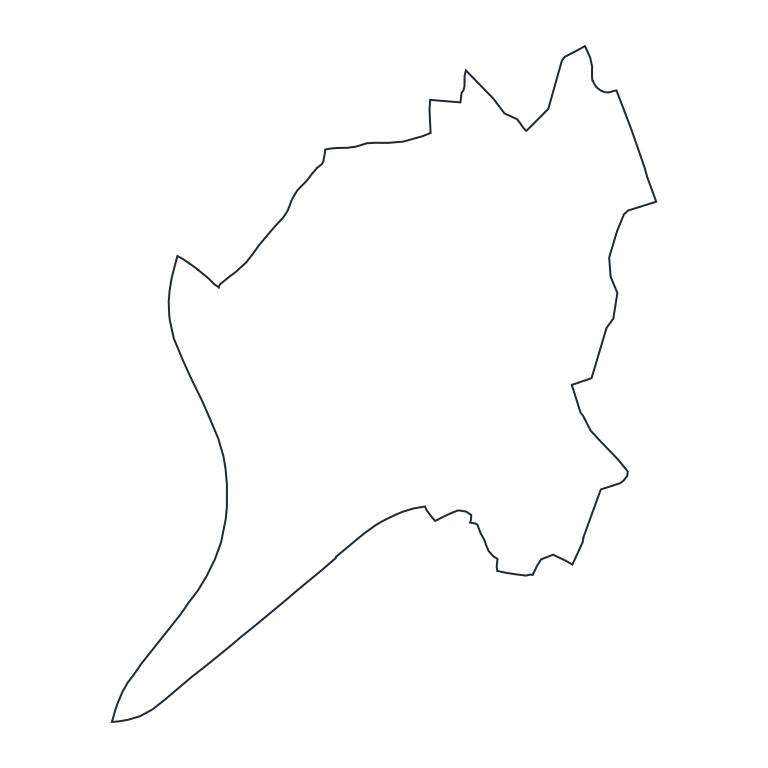 the district of Surulere, Lagos, Nigeria
{"feature_id": "59680162B1513568068009", "entity_name": "Surulere", "entity_type": "district", "adm_level": 2, "iso_a3": "NGA", "parent_name": "Nigeria", "parent_adm1": "Lagos", "projection": "natural_earth1", "projection_center": [3.345, 6.49], "detail": "fine", "context": "isolated", "style": "outline", "palette": "slate", "viewbox_px": 768, "rotation_deg": 0, "n_neighbors": 0, "source": "geoboundaries", "source_scale": "gbopen_adm2", "svg_char_len": 2642}
<svg xmlns="http://www.w3.org/2000/svg" viewBox="0 0 768 768"><path d="M592.8,80.8L592.4,80.6L592.1,77.7L592.0,72.8L592.1,66.4L590.7,60.1L590.3,57.9L587.0,50.5L584.9,46.1L578.5,49.7L564.5,57.0L561.9,60.6L548.3,108.9L527.1,130.2L526.2,130.8L523.4,128.0L519.7,122.5L516.9,119.1L506.5,114.4L504.4,113.3L493.2,98.5L465.9,70.4L464.6,75.8L464.5,86.2L463.5,90.3L461.6,92.9L460.4,102.4L430.2,99.9L429.5,109.9L430.5,131.0L430.6,133.0L421.9,136.4L403.2,141.6L387.7,142.9L374.6,142.8L367.0,143.2L356.3,146.6L347.3,147.8L337.0,148.0L330.3,148.6L325.3,149.5L324.8,153.3L323.8,158.9L323.3,161.6L321.9,164.1L316.9,168.0L315.1,170.3L312.3,173.4L310.9,175.3L308.4,178.7L305.4,182.1L301.1,186.4L297.4,190.3L294.4,195.1L291.4,200.6L289.3,206.5L287.8,210.3L286.0,213.3L283.5,217.1L274.1,227.3L271.8,230.0L270.3,231.8L258.9,245.3L254.5,251.6L246.5,262.1L236.0,271.7L229.2,276.8L220.2,284.1L218.8,286.7L219.1,288.5L218.4,287.0L214.4,284.3L208.9,278.8L206.0,276.3L195.9,268.1L191.9,265.2L182.5,258.8L177.4,256.0L174.4,267.3L171.6,278.3L169.6,290.7L168.7,301.7L169.2,315.0L169.9,320.6L173.8,338.5L178.6,349.9L179.4,351.9L183.2,361.0L191.6,379.4L201.5,399.5L209.7,418.2L218.4,438.9L223.6,456.8L223.6,457.3L225.5,468.4L226.4,478.3L226.9,484.3L226.9,506.9L225.7,519.3L221.1,542.2L214.7,559.8L206.7,575.9L198.3,589.9L189.0,602.2L180.3,614.7L141.1,664.0L138.2,668.3L134.0,674.4L127.6,682.8L122.6,691.6L117.7,703.1L115.2,710.2L112.7,719.4L111.8,721.9L112.7,721.9L117.9,721.5L128.0,719.8L140.1,716.2L152.8,709.2L165.9,698.8L191.7,676.9L206.2,665.6L231.8,644.8L240.3,637.5L255.0,625.7L287.3,598.9L289.1,597.3L295.6,591.7L323.7,568.5L330.1,562.9L335.7,558.1L336.0,556.8L358.1,538.4L363.7,533.8L375.7,525.1L382.2,521.3L391.2,516.8L395.7,514.7L402.7,511.7L413.8,508.4L424.9,506.5L427.0,510.8L432.1,517.5L435.1,520.9L448.7,514.2L457.6,510.5L460.5,510.6L466.1,511.6L471.3,515.0L471.0,519.0L470.2,522.6L475.0,523.4L477.3,524.5L480.6,533.2L484.8,540.9L486.4,545.9L488.7,551.1L493.1,556.1L497.5,559.0L496.7,566.8L497.2,570.8L503.9,572.4L514.8,574.2L526.2,575.6L529.9,574.6L532.7,574.9L537.4,565.2L541.1,559.4L553.0,554.7L565.7,560.7L572.4,564.6L582.6,542.3L583.4,538.4L583.1,538.2L600.5,490.3L601.2,489.3L619.9,483.3L623.5,480.7L627.3,475.8L627.7,471.5L618.4,459.9L600.3,441.1L590.7,430.7L583.0,415.7L580.6,412.8L575.0,395.0L571.8,384.9L591.6,378.1L606.5,328.0L613.3,318.6L617.4,293.0L610.6,276.8L609.2,257.5L617.0,231.3L623.9,214.4L628.1,210.5L656.2,201.7L652.9,192.5L647.2,177.1L644.8,168.3L640.6,156.0L631.1,128.7L616.5,90.5L613.1,91.1L610.9,92.0L608.2,92.4L604.7,92.2L600.9,90.7L597.9,88.4L596.4,87.1L594.0,83.5L592.8,80.8Z" fill="none" stroke="#1e293b" stroke-width="2"/></svg>